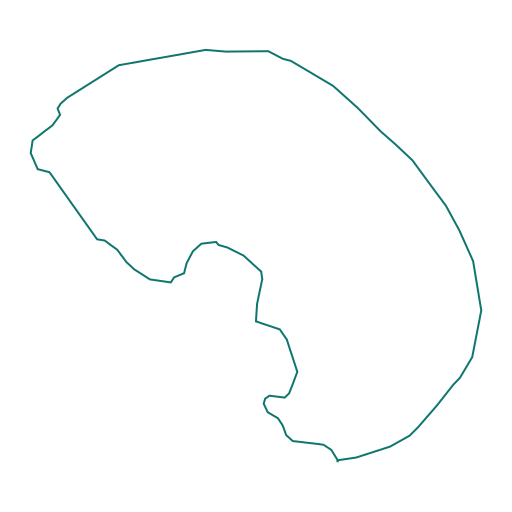 the district of N'Djaména, Ville de N'Djamena, Chad
{"feature_id": "50815135B39277656442366", "entity_name": "N'Djaména", "entity_type": "district", "adm_level": 2, "iso_a3": "TCD", "parent_name": "Chad", "parent_adm1": "Ville de N'Djamena", "projection": "natural_earth1", "projection_center": [15.012, 12.105], "detail": "fine", "context": "isolated", "style": "outline", "palette": "teal", "viewbox_px": 512, "rotation_deg": 0, "n_neighbors": 0, "source": "geoboundaries", "source_scale": "gbopen_adm2", "svg_char_len": 1803}
<svg xmlns="http://www.w3.org/2000/svg" viewBox="0 0 512 512"><path d="M268.3,51.2L225.9,51.6L205.6,49.9L118.8,65.2L67.3,97.7L60.6,103.7L57.6,108.5L59.4,113.2L60.1,114.8L55.5,121.2L54.5,122.6L52.4,125.4L43.9,131.8L41.0,134.1L33.2,140.0L32.6,140.5L31.5,148.1L31.3,149.1L30.7,153.2L31.0,153.9L31.1,154.0L33.8,160.1L35.7,164.7L36.3,165.9L37.7,169.2L39.9,169.7L43.5,170.7L47.1,171.6L49.4,172.2L50.5,173.6L62.6,190.7L64.6,193.5L71.1,202.7L79.0,213.8L97.1,239.3L104.5,240.5L104.8,240.6L112.2,246.1L115.3,248.3L117.3,249.8L120.0,253.4L120.0,253.5L121.1,255.0L122.9,257.3L126.4,262.1L130.0,265.4L134.1,269.3L134.3,269.4L135.1,269.9L149.9,279.4L165.2,281.6L165.9,281.7L168.5,282.1L169.8,282.3L170.8,282.4L174.2,277.3L184.1,273.2L185.0,269.4L185.2,268.8L185.9,266.0L186.7,263.0L188.5,259.6L192.9,251.3L201.4,243.7L212.3,242.4L216.1,242.0L218.6,245.0L227.4,247.5L243.6,255.6L259.6,270.2L261.0,271.4L261.2,271.6L261.8,276.2L262.3,279.2L262.0,280.5L261.9,280.9L260.3,288.4L257.5,301.9L257.1,303.7L256.4,314.1L256.0,321.4L266.6,325.0L268.3,325.5L278.9,329.1L279.8,329.4L283.2,334.4L286.8,339.5L290.1,349.8L294.3,362.5L297.3,371.8L292.9,383.7L289.1,393.4L287.2,395.2L284.7,397.6L282.5,397.3L269.3,395.7L265.9,398.2L265.4,398.5L265.2,398.6L263.7,403.7L267.7,412.2L268.9,412.9L271.4,414.4L277.9,418.2L281.8,424.1L282.6,425.4L283.2,426.8L286.2,435.1L292.8,441.1L294.8,441.3L296.8,441.5L312.7,443.4L313.0,443.4L318.7,444.1L323.6,444.8L331.3,449.9L334.0,454.3L337.4,459.7L337.5,462.1L338.1,460.2L348.3,458.7L355.9,457.6L390.1,446.6L409.7,435.6L418.1,427.2L436.9,405.5L453.3,384.7L460.0,377.7L472.2,357.2L481.3,310.3L481.2,310.0L473.1,261.1L459.4,230.5L445.9,205.7L434.2,190.0L412.4,160.3L395.5,144.4L380.8,131.5L357.8,108.0L333.1,85.9L290.9,60.9L282.8,58.8L268.3,51.2Z" fill="none" stroke="#0f766e" stroke-width="2"/></svg>